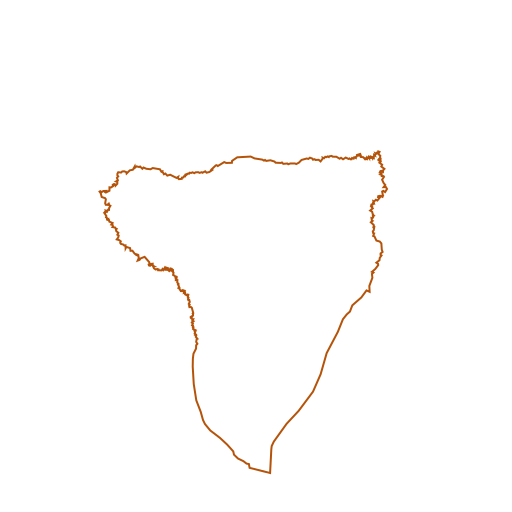 Mercedes, Corrientes, Argentina (Albers equal-area conic projection), rotated 133°
{"feature_id": "61730980B22210913388495", "entity_name": "Mercedes", "entity_type": "district", "adm_level": 2, "iso_a3": "ARG", "parent_name": "Argentina", "parent_adm1": "Corrientes", "projection": "albers", "projection_center": [-57.865, -29.122], "detail": "fine", "context": "isolated", "style": "outline", "palette": "amber", "viewbox_px": 512, "rotation_deg": 133, "n_neighbors": 0, "source": "geoboundaries", "source_scale": "gbopen_adm2", "svg_char_len": 6154}
<svg xmlns="http://www.w3.org/2000/svg" viewBox="0 0 512 512"><g transform="rotate(133 256 256)"><path d="M314.8,414.1L315.6,414.3L316.0,412.3L318.1,409.1L316.6,405.8L316.9,404.5L320.3,402.3L321.0,400.8L319.2,398.7L318.9,399.5L318.1,399.4L318.9,397.9L318.6,396.7L321.0,396.2L322.5,395.0L323.0,395.8L324.3,395.4L325.2,396.9L325.7,395.7L326.2,396.6L327.7,396.5L327.4,395.7L328.1,395.6L328.8,392.7L330.0,392.1L329.8,391.1L330.8,389.9L329.7,389.3L330.4,388.7L329.9,388.2L330.9,386.7L329.7,383.4L331.7,383.2L331.1,382.0L331.9,380.8L332.7,380.7L331.2,378.3L331.7,377.2L331.3,376.4L332.4,376.2L333.1,375.1L332.9,372.5L335.0,371.9L334.7,370.4L336.4,369.4L338.8,369.1L337.7,366.9L337.5,364.9L339.0,364.3L339.3,363.1L338.1,360.8L338.2,359.5L337.2,358.7L339.3,356.6L337.8,357.0L336.1,353.5L337.8,351.3L336.4,350.0L337.1,346.2L335.8,343.6L336.7,343.7L336.1,342.1L337.5,340.3L340.0,339.4L338.2,338.5L336.6,338.8L332.6,336.9L333.3,330.0L334.3,328.3L335.4,328.7L335.9,327.8L335.4,326.8L333.6,326.4L333.1,327.1L332.1,326.3L333.4,325.0L333.1,323.7L333.7,324.3L334.6,322.2L334.3,320.1L332.8,319.4L332.3,318.2L333.1,317.8L330.9,315.2L329.3,315.5L329.5,314.2L327.9,314.5L328.5,313.9L328.1,313.2L326.2,313.8L326.0,312.2L325.6,313.5L324.9,312.0L326.7,311.5L326.1,310.7L326.2,309.1L324.7,308.8L324.3,309.4L324.7,309.9L323.4,310.0L322.9,309.0L323.6,308.6L322.8,307.3L323.5,306.5L324.3,306.8L324.4,305.0L326.4,303.7L325.9,301.8L326.6,300.2L325.6,299.6L326.5,298.8L326.1,299.5L327.4,299.2L327.3,298.3L328.2,298.0L327.3,297.0L329.1,295.5L329.3,293.6L330.1,293.6L330.7,291.7L332.2,290.9L331.5,290.2L332.5,289.1L332.7,287.3L332.0,286.9L332.6,286.7L331.9,285.9L331.0,286.2L330.3,284.9L331.3,285.0L330.9,284.3L331.9,283.7L330.9,283.3L331.5,282.4L332.1,282.6L332.4,281.6L331.7,279.0L330.8,279.6L330.5,279.1L332.6,277.8L332.6,276.9L333.9,276.4L334.4,275.4L333.7,274.8L334.8,273.1L336.9,272.5L336.9,271.2L338.0,271.0L338.8,269.8L337.7,268.8L337.6,267.7L340.5,263.0L342.0,263.1L341.2,262.6L342.5,261.5L344.0,261.3L344.0,261.9L345.1,262.2L345.7,261.6L345.7,259.7L345.0,258.8L346.8,258.4L346.4,257.2L348.5,257.4L348.5,256.0L350.3,255.5L350.0,254.5L351.1,253.7L350.8,253.1L352.3,252.3L351.6,249.9L352.2,250.1L352.2,249.4L352.8,249.7L353.7,248.2L354.6,247.9L354.4,246.5L355.2,246.5L354.9,245.5L356.2,244.9L356.5,242.4L357.2,242.7L359.6,241.2L360.2,239.0L362.1,238.9L364.6,236.7L370.1,235.1L374.2,232.1L380.1,226.8L392.1,214.2L402.3,201.2L407.7,190.1L412.1,182.9L413.7,178.7L414.8,170.4L413.6,158.2L413.6,148.4L414.4,139.4L416.3,136.6L416.4,131.0L414.6,125.2L414.3,121.4L413.0,119.3L415.3,116.2L405.1,97.7L387.0,112.9L384.3,114.9L379.6,116.4L357.8,119.2L340.2,119.2L316.3,121.8L298.4,128.1L278.8,138.1L255.7,144.4L243.0,149.3L236.8,149.8L232.6,149.4L226.4,151.9L214.5,150.7L205.8,151.7L204.7,148.5L200.6,152.7L192.6,156.0L190.0,159.0L188.1,158.8L188.5,160.4L184.3,159.9L179.3,160.4L178.5,161.4L178.8,163.4L174.9,162.8L173.0,164.2L170.0,164.6L170.3,165.6L169.2,166.6L166.7,166.2L165.6,168.3L161.3,172.9L161.0,175.3L162.6,178.5L160.9,182.7L161.4,184.0L158.9,185.0L159.3,186.0L158.3,187.4L157.0,187.4L154.2,189.2L154.8,189.8L153.1,190.8L153.0,191.7L153.0,195.0L150.9,194.7L151.1,195.4L149.5,197.4L149.1,196.6L147.7,196.8L147.2,197.7L146.1,197.3L146.1,198.0L145.3,197.8L146.2,198.5L144.4,201.3L144.9,203.5L141.5,203.1L141.2,205.5L140.5,205.2L140.3,206.4L139.5,206.7L138.5,205.8L137.5,206.5L137.1,205.6L135.8,207.6L135.5,206.8L133.1,206.7L132.7,205.1L128.6,205.3L128.3,206.0L129.5,207.0L128.9,207.4L127.3,206.3L126.5,203.8L125.7,204.1L126.3,204.8L124.8,205.0L122.8,207.7L121.5,207.3L121.2,205.2L117.6,205.9L117.0,208.0L118.6,209.6L115.9,209.9L115.6,212.4L114.2,215.8L110.8,216.4L110.6,217.2L111.8,218.6L110.9,219.5L111.4,220.5L110.3,220.2L109.8,220.6L110.6,222.4L109.0,222.9L108.1,222.2L107.8,220.6L106.7,221.5L104.7,221.5L105.1,225.4L103.2,226.0L103.6,229.3L101.8,229.2L101.3,229.9L102.5,231.5L102.3,232.1L101.3,232.2L101.2,230.5L99.9,231.1L99.3,232.5L97.9,233.5L98.0,236.0L95.6,236.7L96.1,237.9L97.7,236.9L97.8,238.0L99.2,238.0L99.4,238.6L99.7,237.9L100.8,238.3L101.3,237.5L101.5,238.6L102.3,237.8L103.5,237.9L103.2,237.5L104.0,236.7L104.2,237.5L105.0,237.2L104.8,237.7L105.6,238.5L105.0,238.8L105.6,239.2L104.8,239.3L105.0,240.2L106.4,240.8L107.0,240.2L106.7,241.3L108.9,240.8L108.6,241.9L109.2,241.6L109.6,242.2L110.1,241.5L110.9,242.1L110.6,244.9L112.0,246.8L111.4,247.2L112.3,249.7L110.6,248.8L110.3,249.4L112.8,250.8L112.9,249.7L113.9,250.6L114.9,250.2L115.8,250.7L116.3,250.0L116.9,251.5L118.2,251.0L118.8,252.6L120.1,252.1L120.8,252.8L120.8,254.1L121.9,254.5L122.8,257.5L125.9,258.3L126.2,260.8L127.8,261.2L128.6,264.9L131.1,267.7L131.2,268.9L133.2,270.4L134.0,270.2L134.4,271.6L135.7,271.9L136.2,273.0L138.1,272.9L138.6,274.3L139.0,273.7L142.8,273.3L142.9,275.8L145.2,278.0L145.2,279.1L146.7,280.0L146.3,281.1L147.3,283.6L149.3,283.9L150.1,285.4L154.7,288.2L158.5,288.3L161.3,289.3L161.8,290.7L164.9,294.0L166.9,295.0L167.0,296.2L170.0,298.9L169.9,300.8L171.0,301.3L174.4,305.3L174.3,306.9L176.2,310.8L179.5,313.4L179.6,314.9L180.8,315.2L181.2,317.1L185.6,323.6L186.9,327.7L196.6,337.0L202.7,338.4L204.3,337.2L208.3,341.3L209.0,343.3L216.3,345.3L216.4,346.7L217.2,347.2L223.4,347.6L224.0,347.4L223.6,346.8L226.4,347.4L228.8,349.0L228.7,350.9L231.6,351.9L231.7,352.8L233.7,354.0L234.1,355.4L236.1,357.3L237.5,357.6L238.1,359.5L239.4,360.0L240.3,361.3L241.5,361.1L241.9,361.9L244.1,362.2L243.7,362.7L244.7,363.2L246.1,362.2L246.7,363.0L248.1,362.7L249.2,363.6L250.2,362.9L252.4,364.8L252.3,366.3L251.2,366.9L253.1,367.4L255.1,374.2L257.7,375.7L257.5,378.5L259.0,379.1L258.3,381.2L258.7,382.1L258.0,382.4L258.8,383.0L258.1,385.4L262.1,391.5L264.5,392.3L267.0,395.7L268.0,398.6L269.7,398.6L269.6,401.8L270.6,402.1L271.9,404.5L273.9,404.7L273.1,405.8L276.9,404.9L279.4,406.7L283.9,406.9L283.1,408.0L283.9,410.1L285.4,411.5L287.0,411.6L288.7,413.9L290.5,413.4L291.6,412.3L291.7,411.1L293.7,411.0L294.8,408.7L296.9,409.2L296.3,408.0L297.8,406.7L300.4,406.7L299.8,407.6L300.5,408.0L300.1,408.7L300.5,409.1L301.7,409.3L302.5,408.2L304.8,408.8L305.7,410.0L308.2,407.7L312.0,409.1L312.2,410.0L310.8,410.2L312.6,412.0L314.4,412.4L314.8,414.1Z" fill="none" stroke="#b45309" stroke-width="2"/></g></svg>